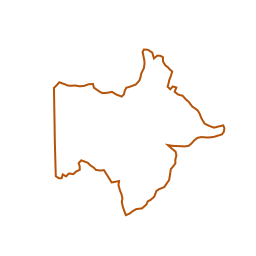 the district of Corumbataí do Sul, Paraná, Brazil, rotated 211°
{"feature_id": "56859067B3093140502947", "entity_name": "Corumbataí do Sul", "entity_type": "district", "adm_level": 2, "iso_a3": "BRA", "parent_name": "Brazil", "parent_adm1": "Paraná", "projection": "albers", "projection_center": [-52.152, -24.127], "detail": "fine", "context": "isolated", "style": "outline", "palette": "amber", "viewbox_px": 256, "rotation_deg": 211, "n_neighbors": 0, "source": "geoboundaries", "source_scale": "gbopen_adm2", "svg_char_len": 1696}
<svg xmlns="http://www.w3.org/2000/svg" viewBox="0 0 256 256"><g transform="rotate(211 128 128)"><path d="M84.9,52.2L82.4,55.7L81.4,58.6L79.2,62.7L74.6,66.3L72.8,71.9L73.3,75.3L71.6,78.0L70.1,82.6L71.2,88.6L69.9,91.5L66.5,96.0L66.2,101.4L65.9,104.4L67.8,109.2L70.1,114.8L69.4,119.0L69.2,122.2L71.0,124.9L72.4,129.4L75.0,132.2L79.8,132.9L85.0,133.9L80.5,135.7L69.8,141.5L66.8,144.0L65.6,147.5L64.9,151.5L63.4,155.3L60.5,158.0L55.1,160.7L52.5,162.5L49.8,164.6L44.2,170.9L43.9,174.1L45.3,177.5L47.7,179.3L51.8,175.3L54.4,172.6L59.2,171.7L64.6,171.2L70.0,174.1L73.9,177.1L77.2,178.9L80.2,179.3L83.6,179.4L86.8,180.6L89.7,181.8L93.2,182.3L97.7,183.8L102.3,182.5L106.7,183.1L107.4,187.6L111.0,186.7L111.7,183.0L115.3,183.8L116.2,187.1L117.3,190.3L118.1,194.9L119.2,199.2L122.1,199.7L125.0,200.6L128.1,200.9L132.1,202.9L134.6,206.7L137.6,206.5L140.2,205.1L141.6,201.0L146.0,205.1L151.2,205.3L154.8,203.5L154.6,200.6L152.0,197.8L148.6,194.1L146.9,191.5L145.2,187.4L144.7,181.5L143.4,177.9L142.7,174.5L143.7,169.3L147.6,164.4L150.2,161.6L149.9,158.0L148.8,154.8L149.6,151.7L155.0,150.7L160.3,150.7L163.9,147.5L167.7,144.8L170.7,144.5L178.0,145.0L180.7,147.7L184.3,145.2L187.3,141.5L190.8,138.9L195.0,137.3L199.0,134.6L201.5,133.4L204.4,133.0L210.5,131.8L211.1,128.1L212.1,124.2L197.0,100.0L194.8,96.5L183.8,78.8L165.1,49.5L161.3,49.3L159.0,50.8L160.0,54.6L156.2,54.6L155.2,58.6L151.1,60.3L150.1,64.0L147.8,67.3L149.8,70.4L152.2,72.5L151.4,76.2L147.2,77.0L144.6,77.5L141.3,76.6L137.0,76.4L133.8,75.6L129.6,77.4L126.9,79.5L117.6,74.8L114.0,72.9L108.3,77.9L106.8,74.2L102.6,70.2L99.7,68.1L96.6,64.9L95.2,61.4L92.6,58.6L90.6,56.7L88.0,54.6L84.9,52.2Z" fill="none" stroke="#b45309" stroke-width="2"/></g></svg>